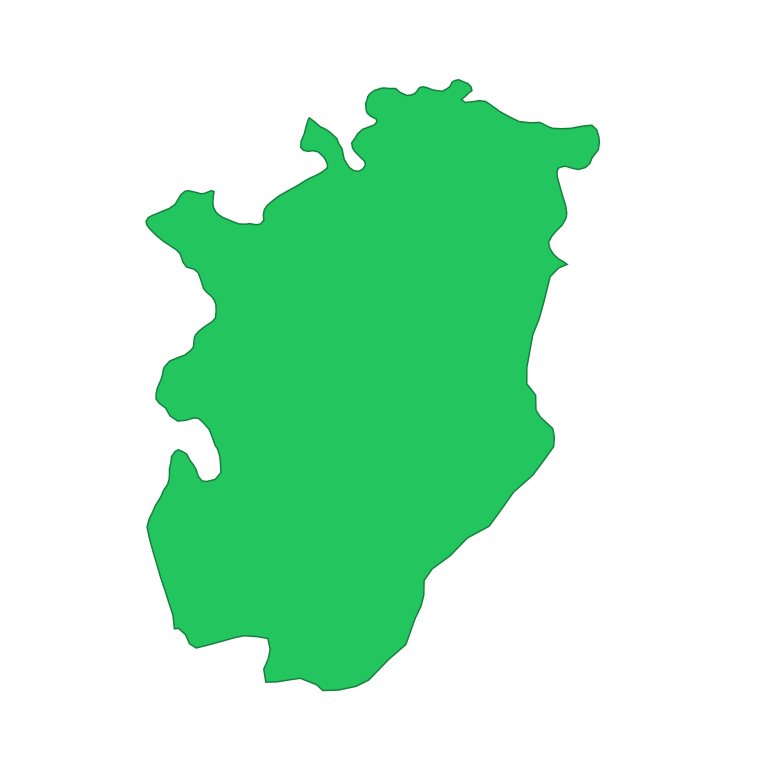 the district of Malaryta, Brest, Belarus, rotated 348°
{"feature_id": "67162791B17752609820062", "entity_name": "Malaryta", "entity_type": "district", "adm_level": 2, "iso_a3": "BLR", "parent_name": "Belarus", "parent_adm1": "Brest", "projection": "mercator", "projection_center": [24.072, 51.803], "detail": "fine", "context": "isolated", "style": "filled", "palette": "green", "viewbox_px": 768, "rotation_deg": 348, "n_neighbors": 0, "source": "geoboundaries", "source_scale": "gbopen_adm2", "svg_char_len": 4013}
<svg xmlns="http://www.w3.org/2000/svg" viewBox="0 0 768 768"><g transform="rotate(348 384 384)"><path d="M128.1,579.9L132.2,580.3L137.8,588.0L139.8,597.7L145.4,603.2L162.0,602.5L184.2,601.1L194.6,601.1L207.1,604.6L217.5,608.8L217.5,619.8L214.0,628.2L207.1,637.9L206.4,651.0L217.5,653.1L232.0,653.8L241.0,654.5L255.6,664.2L260.4,671.1L275.7,673.9L293.7,673.9L307.5,670.4L331.1,654.5L351.2,643.4L365.7,619.8L374.1,608.8L378.9,599.1L382.4,584.5L392.8,574.8L412.9,565.8L433.6,551.9L457.2,545.0L470.4,533.2L488.4,516.6L510.6,504.1L520.9,495.1L536.9,480.6L539.7,470.9L539.7,462.6L530.0,448.7L527.2,441.1L530.0,426.5L523.7,413.4L527.2,397.4L539.7,366.9L549.4,352.4L557.0,337.8L568.8,313.6L579.2,306.7L588.0,305.1L585.6,302.3L580.5,297.7L576.6,292.1L574.4,285.7L574.4,279.6L578.7,274.5L584.6,269.9L591.2,265.6L595.5,261.0L597.0,258.7L598.3,254.6L598.8,247.2L597.8,237.0L596.5,217.4L597.3,212.5L599.3,209.2L603.2,208.5L607.0,208.7L612.8,212.0L618.7,214.6L626.1,214.1L631.2,211.0L634.8,205.7L638.6,202.6L642.4,199.3L645.0,192.2L645.5,186.5L645.0,179.7L641.1,174.1L636.3,173.5L631.0,173.0L620.2,172.8L610.6,171.2L602.1,169.0L597.3,165.9L593.0,162.1L589.9,160.3L586.6,159.8L581.0,158.8L570.8,155.4L562.6,149.1L554.0,141.7L545.5,132.2L542.0,128.7L535.9,126.6L530.8,126.4L522.1,125.6L518.8,121.8L523.1,119.7L527.4,116.9L531.0,115.4L530.8,111.1L528.5,107.5L524.6,105.0L520.3,101.9L516.5,101.9L513.4,102.9L510.4,106.7L506.5,108.5L501.7,109.8L492.8,106.5L487.9,103.2L484.1,101.4L481.0,101.4L479.8,101.9L476.5,105.0L474.4,106.2L471.1,107.0L466.3,106.5L460.1,101.9L456.8,97.3L456.0,97.2L450.3,96.0L446.2,94.6L442.7,94.1L439.5,94.5L436.8,94.7L434.1,95.5L430.4,97.3L427.9,99.5L426.2,103.3L424.4,105.6L423.5,112.3L423.9,115.3L426.3,119.0L428.5,120.8L431.6,123.2L431.4,126.2L428.7,128.3L425.6,129.0L422.1,129.5L415.8,130.5L409.9,134.0L407.1,137.3L402.5,141.4L402.3,146.5L403.8,150.6L406.3,154.4L408.6,158.2L411.2,161.8L411.4,166.1L407.6,169.5L403.5,170.7L398.7,169.0L395.1,164.9L393.3,160.5L391.8,155.7L391.8,149.8L391.8,144.7L389.8,140.1L389.0,134.3L387.2,131.7L382.8,125.6L379.3,122.2L374.9,118.9L370.9,113.5L366.3,108.2L365.4,108.9L361.9,114.9L359.7,119.3L357.9,122.9L356.1,125.5L353.4,129.3L351.8,135.2L353.8,138.7L358.7,140.8L362.4,140.8L368.0,143.3L372.0,149.1L373.3,152.4L374.4,157.9L373.2,161.1L367.9,163.6L364.1,164.9L358.8,166.3L354.0,167.3L347.7,169.3L341.6,171.6L331.4,174.7L320.7,178.1L312.8,181.8L307.4,184.7L303.3,188.5L301.2,193.1L300.5,198.8L296.7,201.8L292.1,201.7L286.0,199.2L281.8,198.9L275.4,197.3L269.5,193.5L265.0,190.4L261.5,188.0L257.4,184.1L255.1,180.3L253.9,175.3L254.2,171.7L255.0,168.3L256.4,163.9L257.8,160.6L255.7,159.0L253.1,159.4L250.9,159.7L248.3,160.3L244.3,159.8L240.6,157.8L233.0,154.3L229.4,154.1L224.8,156.5L220.9,160.6L217.0,164.9L210.3,167.7L204.6,168.7L196.4,170.3L192.6,170.9L187.9,172.3L185.0,175.6L185.2,179.3L187.4,184.1L189.6,187.4L192.0,191.1L197.6,198.2L203.1,203.8L208.7,209.5L211.5,214.1L212.2,218.2L212.8,223.3L215.1,228.3L218.3,230.2L222.1,232.3L225.4,236.6L225.9,239.9L226.9,247.2L227.3,253.0L229.6,257.3L234.0,263.2L235.3,266.6L236.1,271.4L235.0,277.8L232.8,284.4L228.7,287.4L223.7,289.3L218.3,291.6L213.8,293.9L210.0,296.7L208.3,299.0L206.6,304.0L205.4,307.9L202.5,310.7L195.0,314.4L188.8,315.2L183.9,316.1L179.2,317.0L176.3,319.0L172.7,321.8L171.2,323.9L169.3,328.9L166.5,333.9L164.1,337.1L161.4,341.0L159.2,345.9L157.9,351.2L160.1,356.0L162.1,358.3L165.4,362.2L168.1,370.8L174.6,377.4L182.9,378.3L190.8,377.7L195.2,378.9L199.1,384.0L200.6,386.9L202.1,389.3L203.7,392.6L204.9,399.8L206.1,408.8L207.8,413.4L208.4,420.7L207.5,428.2L206.1,436.7L199.1,442.2L190.4,442.5L185.8,441.0L183.1,435.5L182.3,428.0L180.8,423.6L178.2,418.1L176.5,411.7L173.3,408.5L169.2,405.6L165.7,406.5L161.1,410.8L159.1,416.9L156.5,422.2L155.3,428.0L154.1,432.3L151.5,437.2L146.3,442.2L142.0,448.3L134.7,455.8L131.2,461.0L126.3,467.1L122.5,474.7L122.5,486.8L123.4,502.2L124.3,512.7L125.4,528.0L126.9,540.5L128.0,552.1L129.5,566.3L128.1,579.9Z" fill="#22c55e" stroke="#15803d" stroke-width="1.5"/></g></svg>